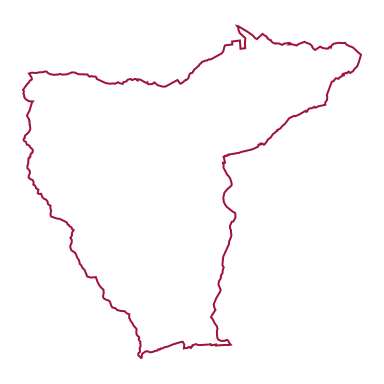 outline of Patarlagele, Buzau, Romania
{"feature_id": "2599482B92792236227552", "entity_name": "Patarlagele", "entity_type": "district", "adm_level": 2, "iso_a3": "ROU", "parent_name": "Romania", "parent_adm1": "Buzau", "projection": "natural_earth1", "projection_center": [26.343, 45.318], "detail": "fine", "context": "isolated", "style": "outline", "palette": "rose", "viewbox_px": 384, "rotation_deg": 0, "n_neighbors": 0, "source": "geoboundaries", "source_scale": "gbopen_adm2", "svg_char_len": 5794}
<svg xmlns="http://www.w3.org/2000/svg" viewBox="0 0 384 384"><path d="M230.7,344.7L229.6,343.5L228.0,340.5L227.2,340.0L226.3,339.9L225.0,340.8L222.4,340.9L220.6,340.7L218.3,339.6L217.4,338.0L217.0,334.7L216.9,330.5L217.5,329.0L217.0,326.5L214.3,322.6L212.6,318.9L211.0,317.4L211.7,315.7L215.5,309.8L214.5,308.1L213.7,304.3L216.2,298.3L220.1,291.7L220.7,289.8L218.5,284.8L218.9,281.3L220.7,278.4L221.0,276.9L220.8,275.6L222.5,273.2L222.7,270.4L223.7,267.3L222.4,265.0L223.2,256.8L229.0,244.0L229.0,241.8L231.1,236.9L231.4,235.2L230.9,231.3L231.1,230.4L230.1,228.5L230.0,225.7L231.8,221.8L233.2,221.5L234.4,219.7L235.4,217.3L235.4,215.0L235.0,212.8L232.8,211.7L226.9,207.0L225.0,204.4L223.8,201.9L223.3,197.5L224.5,192.5L227.7,188.8L231.4,185.7L231.7,184.3L231.4,182.4L230.1,178.3L228.2,175.6L227.3,174.9L223.5,167.7L223.6,164.4L223.1,163.8L222.9,162.7L224.9,162.8L224.9,161.9L223.6,156.8L224.9,156.5L224.9,156.2L225.8,156.0L225.6,155.8L228.1,155.3L227.9,154.7L239.2,152.8L241.1,152.0L252.2,149.4L257.9,146.8L258.5,144.9L259.7,144.7L259.6,144.2L260.2,143.6L261.3,144.1L261.5,143.6L262.4,143.5L263.9,144.8L264.6,144.3L266.9,141.3L268.0,139.3L270.6,137.6L272.8,134.3L277.5,130.6L277.2,130.0L279.9,128.8L282.6,125.8L284.9,123.9L289.1,118.3L293.2,116.2L294.6,115.9L295.1,116.0L294.6,116.3L295.5,116.2L299.5,114.3L305.6,110.8L306.4,111.9L307.1,111.5L307.8,109.9L309.3,108.4L311.7,108.3L314.5,106.8L315.0,107.6L315.4,107.7L318.4,106.3L325.3,104.8L325.1,103.7L325.4,102.2L326.9,100.2L327.2,98.5L327.2,96.4L326.8,95.1L331.8,81.7L333.6,81.1L335.6,78.4L337.3,78.3L338.1,78.8L339.3,78.3L339.6,77.4L340.7,76.7L341.6,76.5L342.5,75.2L343.8,75.5L344.0,75.2L343.8,74.9L342.7,74.2L343.2,73.8L346.9,72.7L347.1,73.1L348.7,71.6L350.2,73.0L353.1,71.1L354.3,69.2L357.2,66.4L358.8,62.2L361.0,54.7L357.7,52.0L353.4,47.8L350.8,46.5L349.8,46.4L346.4,44.5L345.0,42.8L343.4,43.1L338.5,42.8L333.9,43.7L332.5,44.6L331.5,45.8L330.9,47.6L330.1,46.8L329.4,46.9L328.4,48.5L327.6,48.4L327.2,48.7L322.6,48.0L320.6,46.8L320.0,46.7L315.3,49.9L313.6,48.9L312.3,47.1L311.9,45.7L309.7,43.9L306.6,42.9L304.6,41.8L298.3,44.2L296.7,45.5L292.2,44.3L289.0,44.4L290.1,43.2L289.5,42.9L283.8,43.7L282.1,44.9L278.7,43.4L276.9,43.5L276.1,43.2L275.3,43.6L274.5,43.4L272.5,42.5L271.2,41.0L270.9,40.2L270.0,40.2L268.0,38.7L268.0,38.4L266.9,37.7L266.9,37.3L266.3,36.3L264.9,35.7L262.6,33.9L256.9,39.1L255.2,38.2L252.7,35.4L247.4,31.7L238.6,26.4L237.1,26.0L238.4,28.0L238.5,30.2L239.2,31.3L239.5,32.8L245.4,38.2L244.9,43.1L245.2,48.2L240.5,48.8L239.9,40.5L232.1,41.5L232.3,44.5L225.3,45.3L224.4,46.6L223.3,51.3L221.7,53.4L210.8,59.4L208.6,59.4L207.2,60.5L205.7,60.5L201.7,62.1L201.2,63.1L199.5,64.4L198.7,66.0L198.0,66.2L197.2,67.2L194.2,69.6L194.0,70.5L193.3,71.0L192.4,72.8L190.4,73.3L189.7,74.1L188.3,78.2L186.1,80.2L185.4,80.0L183.1,82.2L180.9,83.6L180.1,83.6L177.5,80.0L165.4,86.6L162.6,86.6L157.7,85.2L154.4,82.4L152.3,84.0L148.8,84.3L147.7,83.7L147.6,82.7L147.3,82.2L146.4,82.8L145.7,82.7L140.6,79.8L138.4,79.3L137.7,80.6L137.0,80.2L137.1,79.7L136.1,79.1L134.4,79.0L132.9,79.9L131.8,80.0L131.0,79.1L130.5,79.0L127.5,79.8L126.4,81.5L123.6,82.0L122.7,83.9L119.6,83.2L118.2,82.2L114.9,83.8L114.0,83.4L109.7,83.7L105.8,83.1L96.7,78.9L96.4,77.5L95.6,76.6L92.7,76.6L91.4,76.0L89.7,76.7L88.4,75.8L87.5,74.5L78.5,74.2L74.6,72.5L72.0,72.4L66.8,74.4L62.0,74.6L60.1,73.9L58.3,74.5L54.2,74.8L51.1,74.4L48.7,73.5L47.3,72.5L47.0,71.9L45.6,71.4L42.2,72.3L40.0,72.2L36.2,73.0L31.8,72.7L29.0,73.5L31.4,77.0L31.9,79.0L31.7,79.6L29.9,80.6L28.8,82.6L27.4,83.8L23.0,89.9L23.9,91.3L23.4,93.6L24.1,94.6L24.1,96.7L25.6,99.1L29.0,101.3L32.8,101.4L32.0,102.4L29.5,110.6L26.9,115.6L28.9,119.1L29.5,120.9L29.2,121.2L29.7,122.8L29.5,124.3L30.0,125.0L30.3,129.2L29.0,131.9L25.1,135.6L24.7,136.7L24.9,137.8L24.0,138.5L23.5,139.8L23.8,140.6L26.0,142.1L26.9,144.7L27.9,144.8L29.6,145.8L29.9,146.9L32.4,149.3L32.9,150.4L32.3,152.9L31.1,153.4L30.3,155.1L30.5,156.4L29.5,157.1L29.7,157.6L28.6,158.3L28.3,159.0L28.6,159.8L28.3,160.8L28.2,163.9L27.5,165.4L27.4,168.3L29.2,170.0L30.0,171.9L29.8,173.5L28.7,176.1L28.7,177.8L30.9,179.4L32.3,179.9L33.1,180.8L33.7,182.4L33.3,184.5L34.8,185.4L35.6,186.7L36.1,188.4L38.4,189.6L37.7,193.2L39.0,193.9L41.2,193.8L42.0,196.4L43.4,198.4L46.3,199.8L47.6,201.7L47.9,204.0L50.6,205.9L50.3,207.4L50.6,209.2L51.2,210.5L50.4,214.5L51.1,216.5L56.7,218.5L59.6,218.8L65.3,221.6L66.9,222.6L67.6,224.4L68.8,224.9L69.5,226.2L71.6,227.5L72.1,229.2L73.6,229.9L73.6,230.5L72.6,231.6L71.8,233.5L72.0,235.1L71.6,236.1L70.4,237.9L71.7,239.7L71.8,240.8L71.6,242.9L70.2,246.0L70.4,247.8L71.5,250.4L74.9,252.6L76.4,255.2L76.9,257.0L79.1,260.5L79.8,263.9L81.3,265.4L82.5,267.9L83.9,269.1L84.7,270.3L87.3,276.6L91.2,277.6L95.8,277.1L97.7,282.3L99.4,285.4L101.2,287.7L103.5,289.7L103.4,291.1L103.8,292.6L103.0,296.4L103.4,297.7L103.8,298.4L105.4,299.4L108.7,300.6L109.5,301.2L110.1,302.1L111.3,305.9L112.4,307.5L115.4,308.3L117.3,310.1L121.1,311.0L124.6,311.2L127.0,313.5L129.3,314.3L129.2,318.1L130.0,319.1L130.4,320.6L132.6,323.5L133.5,325.5L136.6,329.0L136.3,331.7L136.6,334.5L137.4,335.7L138.6,336.5L139.2,337.6L139.2,338.1L138.7,338.8L139.0,340.1L140.5,342.0L140.1,343.1L140.5,344.1L140.5,346.3L140.2,347.2L139.8,347.6L139.7,348.5L140.0,351.7L139.8,352.2L138.8,352.8L138.2,353.9L138.1,354.6L138.6,355.6L141.2,358.0L141.7,357.6L141.8,354.9L142.3,353.7L145.8,351.3L148.4,351.5L149.5,352.2L151.5,352.2L153.1,351.8L155.4,350.8L157.3,350.6L158.2,349.4L159.6,349.1L159.9,349.5L161.0,348.4L162.0,348.6L164.2,347.4L168.2,346.4L173.2,344.3L181.7,341.8L182.8,341.8L184.3,344.7L183.9,348.4L185.3,348.0L187.0,348.1L188.9,346.9L190.9,348.0L191.4,347.3L191.3,346.7L192.4,346.4L192.5,345.2L196.1,344.1L197.6,344.9L199.6,345.1L209.1,344.5L210.6,344.1L211.2,345.3L216.0,344.5L215.9,345.5L225.7,344.9L228.1,345.1L230.7,344.7Z" fill="none" stroke="#9f1239" stroke-width="2"/></svg>